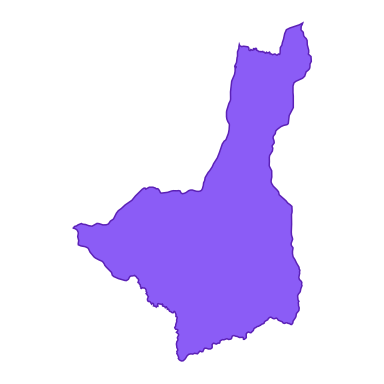 Gramalote, Norte de Santander, Colombia (Robinson projection)
{"feature_id": "7082276B79759351892692", "entity_name": "Gramalote", "entity_type": "district", "adm_level": 2, "iso_a3": "COL", "parent_name": "Colombia", "parent_adm1": "Norte de Santander", "projection": "robinson", "projection_center": [-72.809, 7.922], "detail": "fine", "context": "isolated", "style": "filled", "palette": "violet", "viewbox_px": 384, "rotation_deg": 0, "n_neighbors": 0, "source": "geoboundaries", "source_scale": "gbopen_adm2", "svg_char_len": 5985}
<svg xmlns="http://www.w3.org/2000/svg" viewBox="0 0 384 384"><path d="M81.4,223.5L78.1,224.8L76.4,226.0L74.9,226.3L74.2,226.8L73.7,227.9L72.7,228.1L74.7,228.5L76.6,229.6L77.3,230.4L78.1,232.1L78.3,233.2L77.7,236.7L78.7,240.6L78.2,243.5L78.3,244.8L80.9,245.9L85.2,246.7L87.6,247.8L88.4,248.6L90.1,252.2L94.0,256.9L95.4,258.0L99.0,259.9L102.0,261.2L103.2,262.3L104.3,264.0L104.8,265.3L106.2,267.0L111.5,272.4L112.3,275.2L113.7,276.5L118.4,278.6L125.0,280.5L126.4,280.6L128.4,279.3L129.5,277.1L130.2,276.3L131.1,276.0L132.9,275.9L134.6,275.4L134.9,275.9L136.0,276.4L137.0,277.9L138.0,278.7L138.7,280.0L138.0,282.5L138.9,282.9L139.3,283.9L140.2,284.7L140.4,286.4L140.9,287.3L141.0,288.4L141.4,288.5L142.4,287.7L143.4,288.0L144.5,288.0L145.4,288.7L146.2,290.1L146.1,291.3L146.8,292.4L146.8,292.8L146.1,293.7L147.3,294.7L147.4,295.4L148.4,296.7L147.5,298.7L147.4,299.9L148.0,301.2L148.4,301.5L149.3,301.4L150.0,301.7L151.6,304.1L152.2,303.3L153.0,303.4L153.6,304.1L153.5,305.9L154.0,305.8L154.8,306.3L155.6,306.3L156.2,307.1L156.9,306.3L157.9,306.4L158.0,306.1L157.6,305.1L157.6,304.1L157.9,303.7L158.5,303.6L159.3,304.0L160.4,304.0L161.1,304.4L162.3,304.0L162.8,304.7L162.5,305.3L162.6,306.0L164.7,306.6L165.3,307.7L166.3,306.8L166.5,306.9L166.9,307.9L167.4,308.3L167.4,309.3L168.4,309.1L168.7,309.3L169.1,310.5L169.7,311.3L170.7,311.6L171.8,312.5L172.8,312.8L173.4,312.6L174.1,311.4L174.5,311.4L175.0,312.0L176.0,314.5L175.9,316.5L176.9,316.9L177.2,317.7L176.6,320.0L176.7,321.7L175.8,324.3L175.6,326.3L174.8,327.3L174.7,327.7L175.6,329.2L177.1,329.4L177.8,329.9L177.8,330.8L176.4,332.3L178.2,333.8L178.6,334.4L178.5,335.4L177.4,337.4L177.4,338.1L177.9,339.0L177.9,339.6L177.6,340.7L176.9,341.5L176.4,344.0L176.9,347.8L177.5,348.7L177.7,349.8L177.7,350.4L176.8,351.4L177.1,352.8L176.8,353.6L177.5,354.5L178.6,357.2L178.6,357.8L178.3,358.4L179.1,359.6L180.3,360.5L181.8,361.0L183.3,360.7L185.2,358.9L187.1,355.8L188.9,354.2L189.7,354.2L190.6,353.8L192.8,354.1L194.5,353.3L197.5,353.8L199.8,351.2L200.6,351.3L201.6,351.8L202.8,351.6L204.1,348.8L204.8,348.2L206.5,348.3L208.5,349.0L210.7,348.9L212.1,347.8L212.2,346.8L212.1,344.6L213.3,343.3L213.8,343.2L216.2,344.1L218.2,343.1L219.5,343.1L219.8,342.7L220.2,340.8L222.5,339.6L223.9,339.8L226.9,338.7L228.7,339.5L230.8,339.1L231.5,338.5L232.2,336.2L233.0,335.7L234.1,335.6L236.0,336.3L237.2,336.4L239.4,337.5L242.8,337.3L243.2,337.7L243.5,339.3L244.4,339.3L246.3,337.7L246.2,333.9L247.2,332.6L248.3,332.0L250.2,332.7L251.0,332.7L253.3,330.5L254.0,328.7L254.5,328.1L255.6,327.7L257.0,326.6L258.7,326.2L259.7,325.5L260.5,325.3L261.5,324.3L263.0,323.8L264.1,323.2L264.3,322.2L265.3,321.1L267.7,319.8L268.5,318.3L270.2,317.2L271.2,317.3L272.6,318.3L273.6,318.7L274.6,318.7L276.2,318.1L277.1,318.5L278.3,320.2L281.8,321.6L282.4,321.9L282.8,322.7L283.9,323.3L284.6,323.4L286.0,322.8L287.1,322.8L288.1,323.4L289.4,323.5L290.6,324.4L291.7,324.5L292.8,323.0L293.1,321.1L295.5,317.6L296.0,316.3L296.4,313.6L298.9,310.5L299.2,307.9L298.5,305.7L298.5,304.1L298.3,303.3L298.4,302.0L298.9,301.4L298.0,299.8L297.6,295.7L298.5,293.9L299.8,292.4L300.3,291.4L300.8,288.8L302.0,285.6L301.6,284.6L301.8,282.3L300.8,280.8L299.4,279.5L298.8,277.4L299.7,273.2L299.5,272.0L299.9,270.2L299.2,269.0L299.0,267.2L296.5,263.0L294.9,259.6L293.1,256.8L292.5,253.8L292.5,251.3L293.0,248.0L292.9,247.6L291.7,246.0L291.2,244.9L291.2,243.2L292.6,239.4L292.5,238.3L291.5,235.1L291.3,232.1L291.6,224.2L291.5,214.4L292.0,212.4L292.1,211.0L291.9,206.4L290.2,204.8L287.7,203.0L285.9,200.7L279.2,194.8L278.5,191.8L277.0,189.9L273.2,186.1L271.6,183.4L271.1,181.8L271.2,180.1L271.8,177.0L271.7,170.8L269.4,166.3L269.2,165.4L269.4,161.7L269.3,157.7L269.6,155.5L272.4,151.0L272.8,148.1L272.2,146.9L272.2,145.7L274.1,143.1L274.2,142.6L274.0,140.8L273.1,138.2L273.1,137.2L273.5,135.9L275.2,133.8L275.8,130.9L277.4,129.3L280.8,126.7L283.7,125.4L286.8,124.7L287.6,124.3L288.3,123.3L289.2,115.5L293.3,107.6L293.3,96.1L293.0,92.5L293.0,86.0L294.0,82.8L295.9,81.3L302.6,78.2L304.7,76.2L306.1,71.9L308.3,70.1L309.5,68.7L309.9,67.1L310.0,64.0L311.3,61.4L311.0,56.5L308.4,54.2L308.4,53.7L308.7,52.7L308.7,50.2L307.3,44.9L307.1,40.4L306.2,38.6L304.7,37.2L303.9,36.1L303.6,35.2L303.3,32.6L302.9,31.8L301.4,30.4L301.0,29.7L301.2,26.3L302.2,24.5L302.7,23.0L299.4,24.8L289.8,28.0L286.4,29.7L284.7,33.6L283.5,39.2L282.4,42.5L281.9,45.1L280.3,47.6L280.1,53.1L279.6,54.4L278.4,54.0L277.4,55.0L276.6,55.1L275.2,54.1L274.6,54.0L272.6,54.7L271.2,53.9L270.1,53.8L269.9,52.6L269.5,52.1L268.1,52.9L267.5,52.9L266.5,52.2L266.0,53.0L265.3,53.2L264.4,52.2L263.2,52.1L262.8,51.4L260.8,51.8L260.2,51.5L258.6,51.5L257.8,50.6L256.6,50.2L256.5,48.8L256.0,48.3L255.4,48.4L255.0,49.2L254.5,49.5L254.1,49.3L253.9,48.6L253.5,48.6L253.1,50.0L252.8,50.2L252.1,50.2L250.9,49.5L250.3,50.5L249.7,50.5L249.2,50.2L248.9,49.7L248.9,48.3L248.6,47.6L247.9,46.8L243.6,46.2L241.7,46.6L239.8,45.8L239.3,44.5L238.9,46.6L238.9,48.3L237.5,51.8L237.5,56.3L237.1,57.5L236.5,62.5L234.7,66.2L234.9,67.1L235.8,66.5L236.2,66.8L236.2,67.2L235.1,68.7L235.1,71.2L234.5,74.5L231.7,81.1L230.5,91.9L230.6,99.2L230.3,100.7L228.9,103.5L226.7,110.7L226.5,112.1L226.5,116.7L226.8,118.9L227.9,121.7L229.2,123.8L229.4,124.8L229.1,129.6L228.4,133.4L226.1,139.4L225.4,140.3L224.2,141.1L222.3,144.0L219.4,152.6L217.3,157.9L213.6,163.7L212.3,166.7L209.7,170.7L208.2,172.4L205.2,177.5L204.6,180.7L203.6,182.8L203.3,185.5L202.4,188.7L201.5,190.3L200.1,191.1L198.4,191.4L196.1,191.2L192.2,190.0L190.3,190.1L188.6,190.7L186.0,192.6L184.1,193.4L182.3,193.7L181.0,192.9L180.0,190.9L178.5,190.6L177.0,190.8L173.4,190.7L171.6,191.0L167.8,192.3L161.5,193.1L160.5,192.8L159.3,190.4L158.2,189.0L157.7,188.7L156.2,188.8L155.5,188.1L152.9,187.2L149.3,187.2L145.8,189.1L145.1,188.1L144.0,188.1L142.2,189.3L135.5,195.9L131.9,200.3L125.2,204.9L121.2,208.6L118.3,210.7L116.4,213.2L113.5,219.0L110.4,221.1L108.4,224.0L106.3,224.8L102.9,224.9L98.9,223.6L97.0,223.4L92.0,226.2L88.8,225.7L85.5,224.5L82.7,224.2L81.4,223.5Z" fill="#8b5cf6" stroke="#5b21b6" stroke-width="1.5"/></svg>